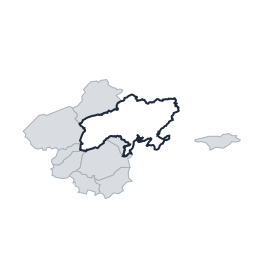 Ukraine shown with its bordering countries, rotated 336°
{"feature_id": "UKR", "entity_name": "Ukraine", "entity_type": "country or territory", "adm_level": 0, "iso_a3": "UKR", "parent_name": "Europe", "parent_adm1": "", "projection": "natural_earth1", "projection_center": [31.244, 48.371], "detail": "fine", "context": "with_neighbors", "style": "outline", "palette": "slate", "viewbox_px": 256, "rotation_deg": 336, "n_neighbors": 9, "source": "natural_earth", "source_scale": "50m", "svg_char_len": 9261}
<svg xmlns="http://www.w3.org/2000/svg" viewBox="0 0 256 256"><g transform="rotate(336 128 128)"><path d="M112.7,70.6L118.7,72.4L119.5,74.3L122.5,73.4L128.1,75.1L128.6,78.6L127.4,80.6L131.0,85.4L133.3,86.8L133.0,88.1L136.9,89.4L138.6,91.4L136.3,93.0L130.5,93.5L133.3,100.7L128.3,101.2L126.5,102.8L126.1,106.6L118.5,106.3L117.0,104.5L114.7,105.8L95.5,102.2L91.0,102.3L87.7,104.4L84.9,104.7L84.9,101.3L83.2,97.9L86.8,96.3L86.9,93.4L85.4,90.5L85.3,87.2L90.9,87.3L97.2,84.5L98.7,80.3L103.5,78.0L103.0,74.7L112.7,70.6Z" fill="#d9dde1" stroke="#a8b0b8" stroke-width="1"/><path d="M85.3,87.2L85.4,90.5L86.9,93.4L86.8,96.3L83.2,97.9L87.6,111.3L86.9,113.4L83.9,114.3L78.3,120.6L79.7,124.0L72.9,120.6L68.5,121.7L65.8,120.9L62.2,122.5L59.3,119.8L56.8,120.9L54.0,116.7L49.6,116.2L49.2,113.8L45.2,113.0L44.2,115.0L41.1,113.4L41.6,111.3L37.2,110.7L34.6,108.2L32.6,103.4L33.3,100.8L32.1,96.8L30.3,94.2L32.1,92.2L31.0,88.4L51.9,80.3L57.5,81.5L57.9,83.3L81.1,84.2L84.0,84.9L85.3,87.2Z" fill="#d9dde1" stroke="#a8b0b8" stroke-width="1"/><path d="M75.4,128.6L78.6,130.7L79.0,132.7L75.2,134.3L68.3,144.7L63.4,146.2L59.6,145.8L52.6,149.0L47.6,147.5L41.4,143.3L40.4,140.7L39.4,140.6L41.7,135.7L40.7,134.0L44.0,134.0L44.7,130.9L49.8,133.6L54.9,132.7L55.5,131.2L64.3,129.3L67.8,127.0L74.1,129.4L75.4,128.6Z" fill="#d9dde1" stroke="#a8b0b8" stroke-width="1"/><path d="M102.5,130.1L107.9,128.2L114.8,130.9L117.4,133.0L117.0,135.5L119.2,136.8L120.0,140.0L122.8,143.9L115.8,143.8L116.2,145.2L113.4,150.2L111.9,151.1L110.8,147.6L111.4,140.9L104.3,130.9L102.5,130.1Z" fill="#d9dde1" stroke="#a8b0b8" stroke-width="1"/><path d="M111.9,151.1L114.6,152.5L117.4,151.3L120.2,152.6L120.3,154.6L117.4,156.2L115.5,155.5L113.7,164.9L105.7,161.2L98.4,163.0L95.4,165.0L79.3,164.0L76.6,159.4L78.0,158.1L76.6,157.1L74.6,158.9L71.1,156.6L70.8,153.5L67.1,151.6L66.5,149.2L63.4,146.2L68.3,144.7L75.2,134.3L81.6,131.1L89.1,131.9L91.9,133.8L98.4,131.9L100.0,130.1L102.5,130.1L104.3,130.9L111.4,140.9L110.8,147.6L111.9,151.1Z" fill="#d9dde1" stroke="#a8b0b8" stroke-width="1"/><path d="M77.6,160.8L79.3,164.0L95.4,165.0L98.4,163.0L105.7,161.2L113.7,164.9L110.5,168.1L108.2,173.6L110.1,178.1L104.8,177.0L98.4,179.5L98.3,183.3L92.6,184.1L88.3,181.4L83.3,183.5L78.7,183.3L78.5,178.1L75.4,175.6L76.5,174.5L75.9,173.6L77.0,171.1L79.4,168.7L76.5,165.4L76.1,162.5L77.6,160.8Z" fill="#d9dde1" stroke="#a8b0b8" stroke-width="1"/><path d="M183.7,167.0L184.4,166.0L198.7,168.6L207.3,172.4L208.4,173.8L212.1,172.6L217.9,174.2L220.0,177.4L224.0,179.2L222.5,180.3L225.7,184.5L224.9,185.4L221.6,184.9L216.8,182.7L215.4,184.0L206.8,185.2L200.7,181.4L194.1,181.7L194.9,178.4L193.1,173.1L189.5,170.2L186.0,169.3L183.7,167.0Z" fill="#d9dde1" stroke="#a8b0b8" stroke-width="1"/><path d="M78.4,123.5L74.1,129.4L67.8,127.0L64.3,129.3L55.5,131.2L54.9,132.7L49.8,133.6L44.7,130.9L44.3,128.2L45.8,125.6L50.5,124.9L54.7,120.4L59.3,119.8L62.2,122.5L65.8,120.9L68.5,121.7L72.9,120.6L78.4,123.5Z" fill="#d9dde1" stroke="#a8b0b8" stroke-width="1"/><path d="M54.9,147.8L59.6,145.8L63.4,146.2L66.5,149.2L67.1,151.6L70.8,153.5L71.1,156.6L74.6,158.9L76.6,157.1L78.0,158.1L76.6,159.4L77.6,160.8L76.1,162.5L76.5,165.4L79.4,168.7L77.0,171.1L75.9,173.6L76.5,174.5L75.4,175.6L70.5,176.2L71.8,172.8L66.1,168.2L62.5,171.8L63.0,171.1L56.3,166.3L57.8,165.9L58.9,162.3L56.1,159.3L57.8,155.9L55.5,155.9L58.0,153.0L54.9,147.8Z" fill="#d9dde1" stroke="#a8b0b8" stroke-width="1"/><path d="M153.1,149.4L154.6,151.4L155.3,152.1L155.8,152.4L156.4,152.5L157.6,151.8L158.1,151.8L159.2,152.0L159.6,151.6L160.1,151.4L160.9,151.3L162.6,151.8L161.9,153.1L161.5,154.3L160.6,154.7L159.5,154.6L158.4,154.8L157.7,154.3L157.2,154.1L156.5,153.9L155.9,154.1L155.3,155.0L154.0,155.7L153.6,156.4L152.4,156.2L151.4,156.3L149.9,157.0L148.7,158.4L147.5,159.3L146.5,159.6L145.5,159.5L144.9,159.2L143.7,158.3L143.7,158.0L144.1,157.3L144.6,155.6L144.5,155.0L144.3,154.1L143.3,153.4L142.5,153.5L142.0,153.3L140.4,152.2L139.5,152.1L138.5,152.3L138.1,152.1L137.9,151.7L139.8,150.3L141.7,149.1L142.5,148.9L143.7,148.4L144.9,147.5L144.7,146.9L144.4,146.4L143.4,146.7L142.4,146.2L142.0,145.8L140.5,146.2L139.6,146.1L137.6,146.5L136.8,146.1L135.0,145.1L134.3,144.9L133.7,145.0L133.4,144.6L133.8,144.5L134.7,144.3L134.8,144.2L134.8,143.8L133.9,143.6L133.0,143.5L132.1,142.9L133.0,142.9L134.0,143.1L135.5,143.2L136.9,143.5L138.2,142.4L136.9,142.8L135.5,142.5L135.0,142.2L134.6,141.7L134.4,141.1L134.5,140.6L134.4,139.6L133.8,138.3L133.3,137.8L133.8,138.8L133.9,139.4L134.2,140.0L134.1,141.6L134.0,142.1L133.4,142.3L131.9,142.0L132.1,141.2L131.7,141.5L131.1,142.3L130.6,142.4L129.5,142.3L127.5,142.9L127.0,144.3L126.6,145.1L125.7,146.3L124.0,148.2L121.5,149.2L120.7,149.0L120.4,149.3L120.2,149.6L120.2,150.2L120.6,150.7L120.9,152.2L120.8,152.8L120.0,152.0L119.0,151.6L117.9,151.7L116.7,152.4L115.9,152.6L115.2,152.5L115.1,152.8L115.3,152.9L115.1,153.0L113.2,152.6L112.4,152.2L111.7,151.4L112.3,151.0L113.5,150.9L113.6,150.4L113.5,149.7L113.9,149.2L114.5,148.7L114.9,148.3L115.0,147.6L115.7,147.3L116.3,146.8L116.4,146.2L116.6,145.8L116.3,144.9L116.2,144.4L116.2,143.9L116.4,143.6L117.5,143.1L117.8,143.3L117.8,144.2L118.1,144.1L118.5,143.6L119.0,143.8L119.4,143.7L120.0,144.0L120.3,144.1L120.9,143.7L121.2,143.8L121.7,144.4L123.1,144.2L123.4,143.9L122.2,143.0L122.3,141.6L122.2,141.1L121.9,140.8L121.0,140.4L120.2,139.9L120.1,139.7L120.0,139.1L119.8,138.8L119.7,138.5L119.9,138.0L120.0,137.6L119.9,137.4L119.0,136.9L118.7,136.6L117.6,136.0L117.5,135.7L117.4,135.4L117.8,134.4L118.0,133.9L118.0,133.5L117.9,132.7L117.5,132.1L117.3,132.0L116.6,132.3L116.3,132.2L115.9,131.8L115.4,130.9L113.9,130.7L113.5,131.1L113.3,130.7L113.1,130.6L112.8,130.7L112.7,130.6L112.8,130.2L112.5,130.0L111.7,130.0L111.3,129.8L111.2,129.5L111.0,129.3L110.5,129.3L110.1,129.0L109.7,128.6L109.1,128.4L108.1,128.2L107.2,128.6L106.8,128.5L106.1,129.0L104.2,129.0L103.9,128.8L102.6,129.6L102.5,129.8L100.6,130.2L100.4,130.9L99.7,131.9L95.5,132.5L93.7,133.2L93.1,133.7L92.0,134.0L90.2,132.3L89.6,132.2L87.8,132.5L87.1,132.2L86.7,132.3L84.8,131.9L83.2,131.9L82.0,131.2L81.6,131.1L81.1,131.8L80.0,132.2L79.9,132.1L79.8,131.8L79.9,131.6L79.4,131.0L78.8,131.0L78.3,130.8L77.9,130.2L77.4,129.9L76.9,129.8L76.7,129.6L76.4,128.7L75.7,128.7L75.8,127.5L76.7,126.6L77.3,125.1L78.2,123.9L78.3,123.6L78.5,123.6L79.9,124.0L80.1,123.9L80.1,123.6L79.3,122.9L79.5,121.9L79.1,120.1L79.5,119.6L81.5,117.4L82.9,116.0L85.6,113.7L87.2,113.5L87.7,112.7L87.9,112.6L88.0,111.9L87.7,111.1L87.3,110.6L87.8,110.4L88.1,110.2L87.4,109.5L87.1,109.1L86.7,108.1L85.6,106.7L85.6,106.4L85.7,106.1L85.6,105.6L85.3,105.1L85.4,104.4L85.9,104.2L86.4,104.2L86.9,104.3L87.4,104.6L88.4,104.0L89.3,103.2L89.6,102.7L89.8,102.5L92.8,102.3L94.0,102.0L95.2,102.0L99.0,102.2L101.8,102.7L102.1,102.9L104.0,103.2L106.1,103.4L107.0,104.5L108.8,104.5L109.3,104.7L109.2,105.3L109.4,105.4L109.6,105.4L110.1,104.7L110.3,104.6L111.2,104.8L111.6,104.8L112.0,104.5L113.6,104.8L114.3,104.8L114.6,104.9L114.9,105.6L115.4,105.8L115.8,105.2L116.1,105.0L116.9,104.7L117.4,104.3L117.6,104.3L117.8,104.4L118.0,104.7L118.7,105.9L119.0,106.1L120.2,105.8L122.3,105.6L123.2,105.4L123.8,105.4L124.7,106.0L124.8,106.6L125.5,107.0L126.1,107.0L126.3,106.6L126.6,106.4L126.4,105.5L126.0,104.5L126.3,103.8L126.8,102.9L127.3,102.3L128.6,101.2L129.2,100.9L130.0,101.1L130.8,100.7L132.1,100.7L133.3,100.8L134.5,101.2L135.3,101.1L136.3,100.7L136.7,99.5L137.1,99.2L137.6,99.2L139.3,99.6L139.9,99.6L141.3,99.0L142.1,98.9L143.1,99.0L144.7,98.9L145.2,99.1L145.8,99.6L146.4,100.3L147.0,101.7L148.7,103.2L148.7,103.4L148.6,103.6L147.1,103.9L147.0,104.2L147.5,104.9L147.6,105.9L147.7,106.3L148.0,106.5L147.6,107.1L147.8,107.2L149.3,107.2L150.6,107.7L152.7,107.5L152.8,107.7L153.2,108.6L153.5,108.7L154.1,108.7L154.3,108.9L154.1,109.1L154.2,109.4L154.4,109.8L154.6,110.5L154.9,111.1L155.0,111.4L154.7,112.0L154.8,112.5L155.3,113.1L155.6,113.3L155.9,113.8L156.4,114.0L157.6,113.3L159.0,113.5L159.4,113.8L159.8,114.2L160.1,114.5L160.5,114.3L161.3,114.5L162.0,115.0L162.8,114.4L164.2,114.0L165.0,113.9L166.2,113.4L166.7,113.5L167.2,114.0L167.7,114.4L167.8,115.0L168.4,115.8L170.5,117.2L171.1,117.0L171.2,116.9L171.3,116.4L171.5,116.2L172.9,116.9L174.1,116.9L175.7,117.9L176.4,118.0L177.2,117.7L178.0,118.5L179.0,118.6L180.9,119.8L181.5,119.9L182.4,119.6L182.7,119.8L182.8,120.1L182.6,120.4L182.6,120.9L183.0,121.4L183.1,121.8L183.0,122.3L182.7,122.7L181.7,123.7L180.5,124.1L180.6,124.5L180.9,124.8L182.4,125.3L182.5,125.5L182.4,125.6L181.9,125.7L181.2,125.6L180.7,126.2L180.4,127.3L181.1,127.4L181.5,127.7L181.9,128.6L181.9,129.1L181.7,129.3L181.7,129.5L182.4,129.7L182.4,130.0L181.9,130.5L181.3,132.1L181.4,132.7L181.1,133.0L179.1,133.1L176.1,132.9L175.7,133.0L175.1,134.0L174.6,134.4L173.8,134.7L173.0,134.8L172.5,135.2L172.4,135.8L172.4,136.3L172.1,137.0L172.5,137.3L172.5,137.6L172.2,137.8L172.1,138.1L172.2,138.8L169.9,138.7L168.1,138.9L167.0,140.1L166.2,140.1L165.2,140.4L164.5,140.8L163.7,141.6L163.1,141.3L162.3,141.3L161.5,141.5L160.6,142.1L160.1,142.2L159.1,142.0L157.9,142.3L155.3,144.2L154.5,145.6L154.2,145.8L153.7,146.2L153.0,146.3L154.6,145.0L154.7,144.3L154.3,143.8L153.3,145.1L152.0,145.7L152.0,146.6L152.1,147.2L152.4,148.1L153.1,149.4ZM135.7,146.0L132.9,145.5L132.1,145.2L131.9,144.8L131.8,144.3L132.6,145.0L134.8,145.6L135.7,146.0Z" fill="none" stroke="#1e293b" stroke-width="2"/></g></svg>